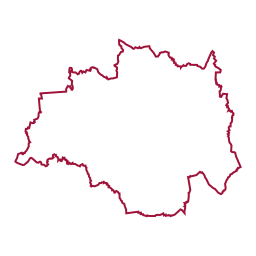 the district of Mueang Ratchaburi, Ratchaburi, Thailand
{"feature_id": "78962969B80351946153843", "entity_name": "Mueang Ratchaburi", "entity_type": "district", "adm_level": 2, "iso_a3": "THA", "parent_name": "Thailand", "parent_adm1": "Ratchaburi", "projection": "equal_earth", "projection_center": [99.739, 13.545], "detail": "fine", "context": "isolated", "style": "outline", "palette": "rose", "viewbox_px": 256, "rotation_deg": 0, "n_neighbors": 0, "source": "geoboundaries", "source_scale": "gbopen_adm2", "svg_char_len": 5758}
<svg xmlns="http://www.w3.org/2000/svg" viewBox="0 0 256 256"><path d="M240.6,167.0L236.0,156.3L235.2,152.7L234.3,152.2L232.2,152.1L231.1,151.3L231.5,145.6L230.7,143.9L229.6,142.7L228.9,140.0L228.9,137.6L228.0,136.2L228.8,135.0L227.8,134.0L229.2,132.8L228.7,131.9L227.8,131.3L229.5,130.1L228.9,128.9L228.7,127.5L229.4,126.4L230.6,126.4L230.6,123.3L231.7,122.2L232.2,119.8L231.9,117.7L232.4,117.1L232.1,116.5L232.7,115.1L233.3,115.0L233.5,113.4L232.2,112.2L231.9,110.9L231.4,110.9L230.6,111.6L229.9,111.0L229.5,109.9L228.5,110.5L228.9,109.5L228.6,108.2L227.9,107.5L227.9,106.5L227.1,106.9L227.0,105.7L226.3,105.3L226.7,104.3L227.5,103.8L228.1,102.7L227.5,101.1L227.6,100.3L226.4,98.3L227.1,94.1L223.0,93.8L221.2,96.9L219.9,96.6L220.0,95.5L219.6,91.6L219.9,91.6L220.7,90.1L221.0,87.6L221.5,86.9L221.1,85.9L219.3,86.6L219.3,85.1L217.1,84.6L216.8,83.1L216.1,83.3L216.2,81.2L215.7,80.9L215.9,79.4L215.5,79.3L215.9,72.4L220.2,72.4L220.8,70.0L218.7,68.3L215.6,66.6L214.8,65.3L215.1,64.9L213.8,63.7L216.2,60.7L214.0,58.5L214.8,56.7L212.9,55.0L214.0,52.7L212.5,51.1L211.3,52.5L208.2,59.6L208.0,60.7L206.6,62.8L205.3,66.7L203.8,68.6L202.2,68.7L200.4,66.9L197.4,65.9L197.1,64.9L190.3,64.8L190.1,63.8L188.5,63.3L186.9,64.3L186.2,65.9L184.3,65.8L183.4,65.2L183.0,66.0L181.6,66.5L180.9,67.5L180.8,66.4L177.6,66.3L177.5,65.3L175.7,64.9L175.8,63.3L174.1,62.9L174.4,61.5L173.5,61.2L173.8,59.3L173.2,59.0L173.1,59.8L171.8,59.7L172.0,58.6L171.5,58.4L171.5,57.7L170.0,57.5L168.7,55.6L168.4,54.5L168.9,53.1L168.7,52.7L165.3,51.5L162.8,52.4L161.7,52.2L161.0,52.7L160.1,52.8L159.0,55.2L158.4,55.6L157.9,56.5L155.8,56.6L153.7,52.9L149.8,48.3L149.3,46.2L144.2,46.8L140.9,48.2L140.0,48.0L139.5,47.0L138.2,48.2L135.3,47.3L134.0,48.7L133.2,48.8L131.4,47.1L125.7,44.2L123.6,42.3L119.2,39.9L119.0,40.6L119.2,44.7L120.0,45.1L120.2,45.7L121.3,46.2L121.4,47.9L123.1,50.1L122.8,51.6L120.9,52.0L119.2,54.9L118.0,55.6L117.9,59.8L118.4,61.3L117.4,63.8L114.5,65.1L114.6,65.9L116.5,67.0L117.1,67.8L117.0,69.3L116.4,70.6L117.2,72.3L116.9,77.3L113.1,78.4L111.2,78.4L108.3,79.4L106.8,77.4L106.5,78.2L105.6,77.4L103.8,76.8L102.1,75.2L101.0,74.8L98.4,72.4L97.2,69.1L94.0,67.5L93.8,67.8L92.3,67.2L90.9,67.9L89.9,69.5L90.7,69.7L90.3,70.8L86.5,70.0L85.4,72.4L83.5,71.5L82.3,72.8L81.5,70.9L80.6,70.8L79.3,72.3L79.0,73.6L77.8,74.3L75.6,72.4L73.1,72.4L70.9,71.5L70.8,71.1L72.0,70.5L72.0,69.6L71.5,68.0L70.0,67.8L69.5,68.5L69.2,72.3L70.0,72.8L70.3,75.3L70.0,76.2L68.9,77.5L68.8,78.3L72.1,80.8L71.8,84.5L72.6,86.0L72.8,88.4L72.3,89.7L71.5,89.6L71.5,88.5L70.4,87.9L70.2,86.3L68.8,86.5L67.9,86.0L66.2,88.9L66.2,91.6L40.5,93.4L40.5,94.2L41.1,94.4L41.9,98.5L38.9,98.5L39.8,109.3L40.3,111.5L41.0,112.1L40.7,112.5L39.4,112.0L38.9,112.5L38.5,114.7L38.6,116.3L37.5,118.6L34.2,119.8L34.7,121.8L34.0,121.8L33.9,123.0L32.6,123.2L30.5,122.4L29.2,128.0L28.0,127.5L27.5,128.9L25.9,128.9L25.5,131.3L25.8,132.0L26.3,132.2L26.2,132.6L26.8,132.5L26.8,134.1L27.2,134.1L27.1,135.1L28.4,137.3L28.2,138.4L29.4,141.2L29.2,141.5L30.1,142.2L28.7,143.3L28.7,146.5L26.6,150.5L24.8,152.4L24.7,153.1L23.3,153.1L23.0,154.2L22.5,154.2L21.8,152.7L18.1,154.1L17.0,158.3L15.6,160.7L15.4,161.7L17.7,163.1L22.7,165.0L24.1,164.9L27.9,161.7L30.1,158.3L31.1,157.8L32.5,158.6L36.6,162.3L38.5,162.7L39.5,161.8L40.5,161.8L41.1,162.5L41.5,164.5L44.2,164.8L45.8,166.3L47.0,165.8L48.0,164.5L47.4,164.2L47.6,163.3L47.0,162.6L47.2,161.4L47.7,161.2L47.4,160.5L47.6,159.7L49.3,158.6L50.2,158.8L51.2,158.3L51.8,158.7L52.8,158.2L53.5,157.4L53.0,157.1L52.9,155.1L54.3,154.3L55.0,154.9L55.9,154.9L55.9,156.3L57.5,157.0L58.4,159.1L58.3,160.2L58.7,159.7L59.3,159.6L59.7,160.1L60.2,159.6L60.8,160.1L61.0,161.0L61.6,161.1L62.8,157.5L63.6,158.0L64.1,158.9L64.6,158.2L65.1,159.5L66.1,159.7L66.0,160.4L67.1,160.7L67.0,161.9L67.6,161.8L67.0,163.3L67.3,163.8L69.0,163.0L69.1,163.7L69.9,163.1L71.0,164.1L72.6,162.9L72.9,163.9L75.2,164.0L78.0,165.7L79.2,165.8L79.9,166.3L80.6,165.1L82.5,164.1L83.4,165.7L85.5,165.6L85.8,167.1L86.5,167.7L86.2,169.0L86.6,170.7L87.3,171.6L87.8,173.8L88.6,174.1L89.1,176.7L90.2,178.1L90.2,179.9L91.1,180.7L90.1,182.3L90.3,183.1L91.0,183.8L90.7,186.0L91.4,186.5L92.5,185.8L94.7,186.3L98.3,184.8L99.5,183.0L101.1,183.1L102.0,182.3L103.0,182.5L103.8,181.8L104.1,182.1L104.0,182.8L104.5,182.5L105.4,183.1L106.4,183.0L106.7,184.3L107.4,183.8L108.0,185.2L109.0,185.8L108.5,186.4L108.5,187.3L110.0,187.5L111.8,189.0L112.1,190.3L113.0,190.0L113.9,191.2L114.4,192.7L114.8,192.7L115.0,191.7L115.8,191.7L116.3,191.0L117.7,191.7L118.8,193.4L119.5,193.4L119.6,198.1L120.4,198.9L120.9,200.4L122.0,201.2L122.1,202.3L122.6,203.1L123.8,203.5L124.5,204.3L124.6,205.7L126.1,209.6L126.3,213.3L138.3,211.7L138.4,212.8L140.9,212.7L140.7,214.1L143.1,214.3L143.2,215.1L146.7,216.1L146.8,215.6L147.5,215.5L147.6,215.8L150.7,216.0L155.1,216.0L155.7,215.2L158.2,214.8L159.9,215.1L163.3,213.4L163.8,215.4L165.7,214.6L165.9,215.8L168.6,215.1L168.8,215.5L170.7,215.4L170.8,216.0L174.8,214.6L180.5,209.4L181.9,210.0L184.5,213.1L184.4,211.3L185.2,208.0L185.0,207.0L184.6,206.7L185.2,206.5L185.3,206.0L185.2,205.0L184.7,204.7L185.0,203.7L184.6,203.1L185.3,203.1L185.2,202.7L186.4,202.0L186.6,202.5L187.1,202.3L187.5,202.1L187.5,201.5L188.2,201.4L188.8,195.8L188.6,193.0L189.2,192.9L190.3,190.0L188.1,177.1L189.5,177.2L189.4,176.8L190.3,176.0L191.2,176.3L196.4,175.1L200.0,171.8L201.2,172.8L202.1,172.3L204.4,175.2L205.1,177.4L206.4,179.3L208.9,184.5L213.2,188.1L215.1,189.0L218.2,192.7L220.9,194.1L222.3,193.1L222.5,192.0L223.2,191.6L223.3,191.0L223.7,191.1L223.9,190.4L224.7,190.2L225.4,189.5L225.6,187.8L225.1,183.8L226.7,180.0L227.8,178.5L228.0,177.4L229.6,176.6L230.4,174.4L231.7,174.1L232.5,173.5L232.6,173.0L236.0,171.1L236.3,170.4L236.7,170.6L236.9,169.5L237.5,169.3L237.4,168.7L237.8,168.1L238.0,168.3L240.6,167.0Z" fill="none" stroke="#9f1239" stroke-width="2"/></svg>